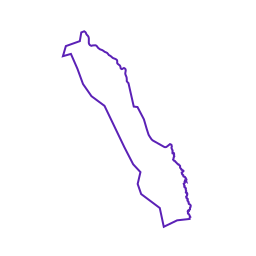 outline of Issyk Kul, Ysyk-Köl, Kyrgyzstan, rotated 72°
{"feature_id": "92254566B19952550744366", "entity_name": "Issyk Kul", "entity_type": "district", "adm_level": 2, "iso_a3": "KGZ", "parent_name": "Kyrgyzstan", "parent_adm1": "Ysyk-Köl", "projection": "albers", "projection_center": [77.461, 42.683], "detail": "fine", "context": "isolated", "style": "outline", "palette": "violet", "viewbox_px": 256, "rotation_deg": 72, "n_neighbors": 0, "source": "geoboundaries", "source_scale": "gbopen_adm2", "svg_char_len": 4570}
<svg xmlns="http://www.w3.org/2000/svg" viewBox="0 0 256 256"><g transform="rotate(72 128 128)"><path d="M22.5,139.8L22.7,142.9L30.5,147.0L30.9,161.8L39.6,167.7L39.9,159.4L56.0,157.8L72.3,157.2L86.5,152.9L99.7,143.5L145.1,137.4L164.1,134.3L173.8,129.8L184.2,136.1L194.9,135.9L213.9,122.5L233.0,124.5L231.0,109.8L233.5,97.7L233.4,97.7L233.2,97.6L232.9,97.3L232.8,97.2L232.7,97.1L231.9,96.8L231.7,96.6L231.7,96.3L231.3,96.4L231.1,96.5L230.9,96.5L230.7,96.4L230.2,96.5L229.9,96.5L229.7,96.5L229.4,96.6L229.0,96.6L228.8,96.7L228.6,96.9L228.1,97.3L227.9,97.4L227.6,97.3L227.3,97.3L227.1,97.2L226.8,97.0L226.7,97.0L226.3,97.0L226.1,97.0L225.8,97.0L225.6,96.7L225.2,96.6L225.0,96.3L224.8,95.7L224.9,95.3L225.1,95.2L224.9,95.1L224.6,94.7L224.5,94.3L224.5,94.2L224.0,94.1L223.7,94.0L223.5,93.8L223.4,93.8L223.2,93.8L223.0,93.7L222.9,93.6L222.8,93.3L222.7,93.2L222.4,92.9L222.1,92.8L221.9,92.8L221.7,92.6L221.5,92.4L221.0,92.3L220.9,92.3L220.7,92.4L220.3,92.5L220.2,92.6L219.9,92.7L219.7,92.9L219.5,93.1L219.4,93.2L219.3,93.3L219.2,93.4L219.0,93.6L218.4,93.6L218.1,93.4L217.9,93.4L217.7,93.4L217.2,93.2L216.8,93.4L216.8,93.5L216.4,93.5L216.0,93.5L215.8,93.7L215.5,93.8L215.4,93.9L215.1,93.8L215.0,93.7L214.7,93.5L214.5,93.3L214.4,93.2L214.2,93.1L213.9,93.1L213.6,93.3L213.4,93.6L213.2,93.9L212.8,94.0L212.7,94.0L212.6,93.9L212.5,93.7L212.4,93.7L212.1,93.7L211.8,93.9L211.6,94.0L211.2,93.9L211.1,93.7L211.1,93.4L210.8,93.1L210.5,92.7L210.3,92.6L210.1,92.5L209.9,92.6L209.7,92.5L209.6,92.3L209.4,92.2L209.2,92.0L208.8,92.0L208.6,91.9L208.4,91.9L208.3,92.1L208.1,92.4L208.1,92.5L207.8,92.6L207.5,92.4L207.4,92.5L207.2,92.7L207.1,92.9L206.9,92.9L206.6,92.5L206.5,92.4L206.3,92.4L206.1,92.3L206.0,92.2L205.9,92.1L205.7,92.1L205.0,92.0L204.7,92.2L204.3,92.1L204.1,92.1L203.9,92.0L203.7,92.0L203.5,91.9L203.3,91.6L203.1,91.6L202.8,91.8L202.6,92.0L202.3,92.1L202.2,92.2L202.1,92.3L201.9,92.5L201.7,92.4L201.5,92.5L201.4,92.5L201.2,92.5L201.2,92.4L200.9,92.1L200.7,92.0L200.4,92.1L200.0,92.3L199.9,92.3L199.6,92.2L198.9,92.3L198.5,92.2L198.3,92.2L198.2,92.2L198.1,91.6L197.9,91.2L197.7,90.9L197.4,90.8L197.1,90.9L196.8,90.9L196.7,90.9L196.4,90.7L196.0,90.3L195.8,90.2L196.2,89.9L196.3,89.7L196.5,89.4L196.9,89.1L196.7,89.1L196.4,88.9L196.0,88.9L195.7,89.0L195.4,88.9L195.3,88.7L195.0,88.3L194.9,88.3L194.7,88.5L193.9,88.5L193.7,88.7L193.6,88.8L193.4,88.8L193.2,88.7L193.1,88.8L192.8,88.8L192.5,88.9L192.3,88.9L192.1,89.0L192.0,89.3L191.9,89.5L191.6,89.8L191.3,90.1L191.2,90.2L190.9,90.0L190.6,90.0L190.3,90.0L190.0,90.0L189.8,90.3L189.6,90.4L189.4,90.5L189.3,90.4L189.2,90.4L189.0,90.5L188.8,90.7L188.7,90.8L188.0,90.7L187.8,90.7L187.5,90.8L187.3,90.8L187.2,90.8L186.9,90.7L186.8,90.2L186.5,89.4L186.4,88.9L186.3,88.7L186.0,88.6L185.9,88.5L185.6,88.6L185.2,89.0L184.9,89.2L184.6,89.6L184.5,89.8L184.4,89.9L184.1,90.1L183.9,90.2L183.6,90.1L183.3,90.0L183.2,90.1L182.2,90.6L181.9,90.7L181.7,90.7L181.1,90.5L180.9,90.4L180.2,90.2L179.8,90.4L179.6,90.4L179.2,90.8L178.9,90.9L178.2,91.1L178.1,91.3L178.1,91.6L177.9,91.7L177.1,92.1L176.9,92.3L176.7,92.4L176.4,92.5L175.7,92.7L175.2,93.2L174.9,93.2L174.7,93.3L174.2,93.4L174.0,93.5L173.9,93.6L173.5,94.1L173.4,94.3L172.9,94.4L172.3,94.8L172.0,94.9L171.9,94.8L171.9,94.6L171.4,94.4L171.1,94.2L170.8,94.0L170.6,93.8L170.4,93.7L170.2,93.7L170.0,93.4L169.9,93.3L169.7,93.2L169.4,93.2L169.2,93.0L169.0,92.9L168.8,92.8L168.8,92.7L168.2,92.8L167.9,92.8L167.6,92.7L167.4,92.4L167.2,92.2L166.4,92.1L166.1,92.1L165.9,92.2L165.8,92.3L165.8,92.5L165.9,93.2L165.9,93.3L165.8,93.5L165.7,93.5L165.1,93.3L164.7,93.2L164.4,93.0L164.1,92.9L163.8,92.8L163.7,92.8L163.6,92.7L163.3,92.7L163.1,92.7L162.9,92.5L162.6,92.6L162.2,92.7L161.8,92.7L161.3,92.8L161.1,92.8L160.8,92.7L160.6,92.7L160.3,92.8L159.1,92.0L157.4,91.9L156.3,93.1L157.4,95.9L157.9,97.4L157.8,98.3L157.4,99.2L147.5,108.3L146.1,109.1L143.0,110.0L140.8,110.5L134.8,110.5L124.7,110.2L111.0,112.5L109.4,115.9L85.5,113.7L84.3,114.3L83.0,114.7L81.3,114.1L79.3,113.7L76.3,113.9L75.1,113.7L73.8,113.0L72.6,112.4L71.4,112.2L70.6,112.5L69.7,113.3L69.8,114.1L70.1,115.2L70.0,115.8L69.1,116.5L67.3,116.3L66.8,116.3L65.9,116.5L65.1,117.1L63.7,118.0L62.8,118.2L61.8,117.8L60.5,117.5L59.8,117.6L58.8,118.3L57.9,119.3L56.9,120.6L55.9,121.3L54.8,121.9L53.7,122.7L52.7,123.7L51.4,124.1L50.2,124.6L49.3,125.5L48.3,126.7L47.2,127.4L45.9,128.5L45.3,129.3L44.4,130.4L42.5,131.7L41.5,132.0L40.2,132.5L39.4,133.2L39.0,134.4L38.6,135.9L38.5,137.5L37.4,138.6L36.2,139.0L35.0,139.0L30.8,137.6L29.3,137.4L27.9,137.7L27.0,138.2L25.8,138.6L24.3,138.7L23.5,139.0L22.5,139.8Z" fill="none" stroke="#5b21b6" stroke-width="2"/></g></svg>